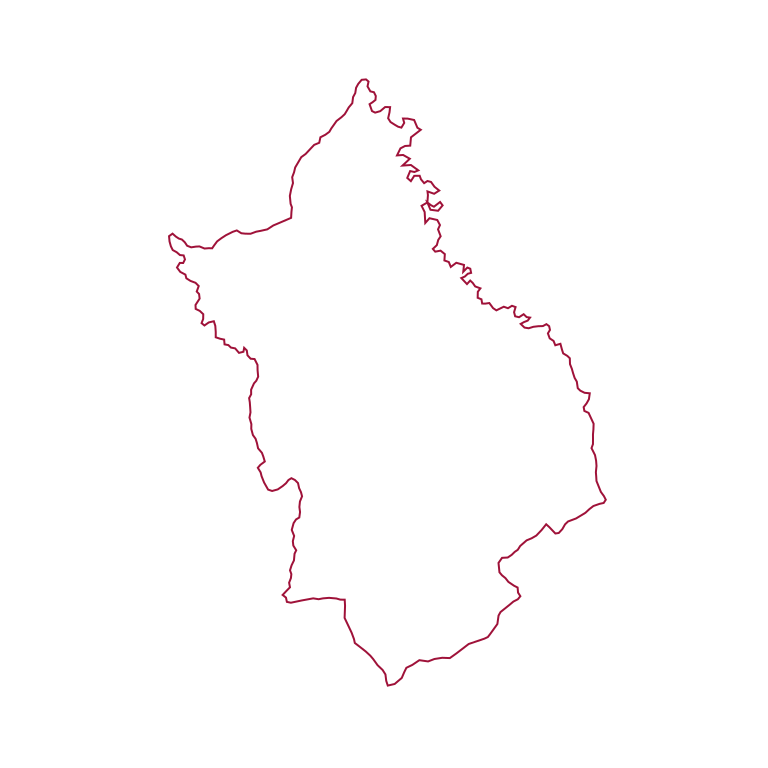 Capão do Cipó, Rio Grande do Sul, Brazil, rotated 12°
{"feature_id": "56859067B15295514409540", "entity_name": "Capão do Cipó", "entity_type": "district", "adm_level": 2, "iso_a3": "BRA", "parent_name": "Brazil", "parent_adm1": "Rio Grande do Sul", "projection": "albers", "projection_center": [-54.601, -28.949], "detail": "fine", "context": "isolated", "style": "outline", "palette": "rose", "viewbox_px": 768, "rotation_deg": 12, "n_neighbors": 0, "source": "geoboundaries", "source_scale": "gbopen_adm2", "svg_char_len": 4985}
<svg xmlns="http://www.w3.org/2000/svg" viewBox="0 0 768 768"><g transform="rotate(12 384 384)"><path d="M143.0,284.1L144.6,289.2L146.9,293.6L149.5,296.9L153.8,298.2L157.6,300.3L161.3,299.9L163.4,303.5L162.4,307.4L159.1,308.0L157.3,313.1L161.4,316.7L167.0,318.3L168.7,321.7L173.3,323.4L178.6,324.2L182.4,326.7L181.6,332.5L184.4,334.4L185.9,338.8L183.2,345.9L184.2,349.7L188.6,350.8L192.7,353.3L193.6,358.0L192.9,362.4L196.2,364.1L199.8,360.2L204.5,358.0L206.9,362.2L208.6,368.1L209.7,373.3L214.2,373.8L218.4,373.8L219.8,378.4L223.7,378.3L226.7,380.2L231.0,380.1L235.7,383.7L239.8,381.7L239.7,377.7L242.8,379.7L244.5,384.3L248.3,387.0L252.2,386.5L256.3,391.6L257.5,396.9L259.4,403.0L258.4,407.4L256.7,410.4L255.2,417.2L256.2,421.7L255.0,425.8L256.5,429.7L257.9,434.5L259.3,439.5L259.4,444.8L262.6,450.8L263.5,455.5L266.4,461.2L269.8,464.3L272.0,468.2L274.2,473.1L278.9,476.7L281.0,480.0L283.5,484.6L279.9,488.7L278.0,492.2L281.7,496.1L283.4,499.6L287.2,505.3L292.6,511.4L296.8,511.9L302.0,509.2L306.1,504.9L308.8,501.4L310.5,497.8L313.0,495.4L316.8,496.4L320.5,498.8L322.6,503.5L325.3,507.1L327.2,510.9L326.2,516.4L326.8,521.9L328.5,526.7L328.9,532.2L326.1,534.8L324.5,538.9L324.1,545.9L327.7,551.3L327.5,556.7L328.9,560.9L332.7,564.9L331.8,568.6L332.6,575.3L331.3,580.5L330.8,585.8L332.9,589.2L333.3,593.1L332.5,598.1L334.3,602.4L331.7,606.5L328.7,611.4L332.5,613.3L334.3,617.3L338.4,617.3L348.6,612.8L359.3,608.4L364.8,608.1L368.8,606.4L374.7,604.6L382.0,603.7L386.1,604.0L390.4,603.1L392.0,609.0L394.1,621.0L398.7,627.0L404.1,634.1L407.7,639.8L409.3,643.4L412.7,645.0L421.7,649.4L427.1,652.6L430.6,655.3L436.2,660.4L442.1,664.0L445.8,667.8L447.9,673.9L450.4,678.2L456.8,675.2L462.5,667.8L463.7,661.7L464.9,656.9L470.1,652.9L476.0,646.8L484.8,646.2L490.5,642.5L497.9,639.7L505.4,638.4L510.9,632.4L520.9,620.7L535.2,612.2L538.2,609.9L540.0,606.1L544.8,595.2L544.2,586.7L545.4,582.8L552.7,573.9L555.8,569.9L559.7,566.7L561.5,563.2L558.5,560.2L557.0,555.3L553.2,554.3L546.8,551.7L543.1,548.6L539.2,546.6L536.1,544.2L533.2,535.2L535.6,529.5L541.1,528.0L544.4,524.6L546.8,521.0L549.3,518.4L550.9,514.1L556.0,507.3L560.5,504.2L564.5,500.6L568.5,494.1L571.8,487.5L575.4,489.6L582.7,494.6L585.9,493.4L588.6,488.9L590.3,483.6L592.6,480.2L599.8,475.6L607.8,468.1L610.9,463.7L614.2,459.8L619.8,456.4L623.6,454.7L625.0,451.1L622.4,447.9L618.6,444.5L612.0,434.7L610.8,430.3L609.6,426.3L608.9,420.0L607.4,414.9L605.2,409.7L602.5,406.3L600.3,403.6L600.9,399.4L599.9,394.5L598.9,389.9L598.3,385.0L597.3,379.3L593.1,373.7L590.1,369.7L585.6,368.7L584.1,365.1L586.2,360.8L587.6,356.3L587.2,350.3L582.0,350.9L577.4,349.7L574.4,347.8L572.1,341.6L569.2,338.4L566.7,334.1L564.6,330.1L561.8,325.9L560.4,320.2L557.5,318.4L552.9,316.8L550.9,313.3L548.2,308.0L543.5,310.5L540.9,306.6L536.6,304.9L533.8,300.4L535.1,296.6L533.5,293.1L530.4,291.7L527.4,294.3L522.9,295.4L518.2,297.0L513.9,299.4L509.7,299.6L505.2,296.8L508.1,294.3L511.4,292.1L513.0,288.7L509.6,288.9L506.1,286.7L502.2,290.6L498.2,290.5L496.3,286.7L496.7,281.4L492.9,280.9L489.5,284.1L485.1,283.5L478.6,288.6L474.9,287.1L470.2,282.9L466.4,284.3L463.3,284.9L461.7,280.9L457.7,280.2L456.6,274.3L458.4,270.4L452.9,269.6L449.8,266.7L446.8,264.9L444.4,269.0L437.6,264.3L440.7,262.1L443.1,258.7L446.1,257.2L444.4,253.3L441.3,252.8L438.2,257.7L437.5,250.9L429.5,250.4L425.0,255.6L422.0,251.2L417.4,250.6L416.5,244.3L411.6,241.8L406.6,243.9L403.7,241.7L406.8,237.2L407.1,231.8L408.7,227.7L404.7,221.5L405.7,216.9L402.0,212.5L394.0,212.4L390.9,217.9L388.0,207.3L383.7,201.9L388.7,197.4L387.7,190.1L386.5,186.6L393.5,187.5L397.8,183.3L392.4,180.6L388.0,176.6L384.3,176.4L381.5,179.2L377.6,176.1L375.6,172.9L370.3,174.1L368.1,180.0L363.9,177.6L365.3,170.3L369.7,170.3L373.1,167.9L364.8,164.2L356.7,166.5L362.4,158.3L355.1,156.0L349.2,157.7L351.1,150.1L355.1,146.8L360.1,145.4L359.1,137.1L367.1,127.7L363.4,126.4L358.6,119.5L351.8,119.5L347.4,120.4L349.5,124.4L347.7,129.6L344.3,129.4L340.7,128.2L335.9,126.4L332.8,123.2L332.9,117.1L332.4,111.9L327.5,112.9L323.6,117.9L318.9,120.4L315.5,119.5L311.7,113.3L314.2,110.8L316.6,107.9L316.1,104.0L313.5,100.7L309.8,100.6L306.0,96.3L306.0,91.4L303.1,89.8L298.9,91.1L296.4,95.8L295.1,100.1L295.4,105.4L294.1,109.8L294.6,115.9L292.0,120.8L290.8,124.5L289.5,128.2L286.9,131.9L282.9,136.6L280.9,141.3L279.3,145.0L278.1,148.7L274.8,152.4L270.5,155.9L270.5,161.5L266.0,164.6L263.9,168.0L259.5,175.3L255.9,179.3L254.0,185.0L252.1,190.7L252.0,195.6L251.2,200.8L253.2,206.4L252.7,212.9L252.8,219.6L255.2,227.2L257.2,230.3L257.7,235.0L258.6,240.8L245.7,249.9L242.8,251.9L237.7,257.0L231.6,259.8L227.3,261.6L222.2,264.8L217.0,265.8L213.1,266.2L208.1,264.4L204.4,266.6L198.5,271.3L194.7,275.1L191.1,279.2L189.0,283.8L187.7,287.0L184.3,287.6L180.3,288.8L174.9,287.8L171.5,288.7L167.0,290.4L162.7,289.7L159.7,286.8L156.3,284.7L153.1,284.4L149.8,283.1L145.9,280.9L143.0,284.1ZM388.7,197.4L393.2,203.9L400.9,203.3L404.2,197.1L401.0,194.3L396.0,200.2L392.9,199.4L388.7,197.4Z" fill="none" stroke="#9f1239" stroke-width="2"/></g></svg>